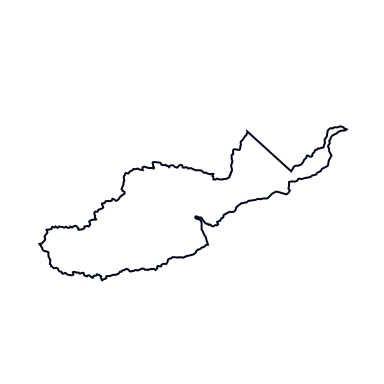 the district of Huacaybamba, Huánuco, Peru, rotated 310°
{"feature_id": "86281439B62210146896152", "entity_name": "Huacaybamba", "entity_type": "district", "adm_level": 2, "iso_a3": "PER", "parent_name": "Peru", "parent_adm1": "Huánuco", "projection": "robinson", "projection_center": [-76.78, -9.003], "detail": "fine", "context": "isolated", "style": "outline", "palette": "ink", "viewbox_px": 384, "rotation_deg": 310, "n_neighbors": 0, "source": "geoboundaries", "source_scale": "gbopen_adm2", "svg_char_len": 6032}
<svg xmlns="http://www.w3.org/2000/svg" viewBox="0 0 384 384"><g transform="rotate(310 192 192)"><path d="M120.3,218.5L122.4,218.3L125.0,217.1L125.9,217.3L127.5,218.5L128.9,218.7L129.9,219.3L133.1,223.8L133.8,224.0L134.3,225.0L135.3,225.9L136.0,227.6L137.0,227.8L137.7,228.5L138.6,228.5L144.5,232.9L145.4,233.3L148.3,233.8L149.0,233.4L151.6,233.5L152.4,234.3L154.1,235.1L155.6,235.1L157.1,236.3L160.7,236.9L161.8,238.1L162.8,236.8L164.3,234.2L166.3,231.6L167.4,228.2L168.9,225.3L169.6,223.3L174.3,219.4L175.2,218.2L175.9,216.4L175.9,215.6L174.5,212.9L174.4,211.1L174.7,210.7L175.8,210.7L176.4,211.2L176.6,213.1L178.1,215.0L178.2,215.5L178.0,217.0L177.5,217.8L176.7,222.6L177.1,223.8L177.8,224.4L177.4,225.8L178.1,226.1L178.9,227.1L178.5,228.5L179.4,230.5L181.2,230.9L181.8,231.4L182.3,232.4L183.7,232.8L184.2,232.7L184.6,231.3L185.3,230.5L188.2,232.1L189.6,231.6L191.0,231.5L191.5,232.0L192.9,232.2L194.4,231.1L194.9,231.1L196.3,231.6L196.8,232.1L198.0,232.0L199.2,232.9L200.7,233.3L201.6,234.4L201.7,235.0L204.0,236.8L205.2,237.0L206.9,236.7L209.1,235.6L210.3,236.2L211.6,236.1L213.2,236.7L215.1,237.0L216.3,238.3L218.0,239.1L218.6,240.2L219.7,240.6L221.4,240.9L226.9,245.8L228.9,246.7L229.5,247.4L230.5,249.1L232.4,250.3L235.2,253.5L237.0,254.1L242.4,254.5L246.4,256.2L247.9,259.0L250.3,264.7L250.8,265.6L251.8,266.2L253.3,266.4L255.9,266.0L256.3,265.5L256.4,264.3L256.8,263.6L259.5,262.1L262.0,259.9L264.5,261.8L265.6,263.6L266.5,264.4L268.2,265.3L268.9,265.4L270.0,264.9L271.0,265.3L272.3,267.5L273.0,268.2L274.7,269.1L278.9,272.6L280.2,273.2L282.0,273.5L285.0,275.8L287.4,275.6L290.5,277.1L293.4,276.7L299.1,279.2L300.7,278.6L303.8,276.6L309.5,275.5L311.4,270.9L313.3,269.2L313.8,267.9L314.5,266.8L315.4,266.4L317.7,266.3L318.6,265.6L319.3,264.3L321.1,264.1L323.9,263.2L325.8,263.3L329.5,265.0L332.6,265.6L333.4,266.3L334.7,266.7L337.6,269.7L339.4,270.2L338.7,268.1L338.8,266.6L338.6,265.5L337.6,263.3L335.2,262.1L332.9,259.3L331.0,258.9L330.5,257.6L330.1,257.3L328.3,256.6L326.9,256.5L325.5,256.9L321.5,259.4L319.9,259.8L317.9,259.6L316.9,260.6L316.0,261.0L315.3,262.0L314.5,262.6L313.3,262.8L311.3,263.9L310.5,264.0L310.1,263.8L309.8,263.1L307.2,261.7L306.3,260.5L305.0,260.5L303.5,259.6L302.7,259.4L301.5,260.1L299.3,259.8L298.0,260.1L297.4,260.8L295.8,260.7L294.8,259.6L294.7,257.9L293.7,256.6L291.5,257.5L288.5,257.2L286.6,257.9L283.7,258.1L282.4,257.7L281.4,256.8L280.6,256.7L278.9,254.6L277.2,253.8L271.6,254.7L273.9,195.5L273.1,196.3L271.4,196.6L270.3,197.1L268.5,196.8L263.9,197.3L261.9,197.0L260.8,197.8L259.7,199.2L258.6,199.3L257.4,200.3L255.4,201.3L254.5,201.0L253.8,199.7L253.2,199.2L253.0,198.4L251.8,196.8L251.1,196.5L249.3,197.4L247.6,199.2L247.1,199.2L246.0,198.6L245.2,198.9L242.6,201.5L241.9,202.9L239.7,204.1L237.5,204.9L236.1,206.5L235.5,207.5L234.1,208.9L233.0,209.3L232.3,209.1L231.3,209.8L230.4,209.8L229.6,210.5L228.4,210.4L227.4,211.2L224.2,209.9L221.7,207.4L221.2,207.4L220.8,207.0L218.9,204.2L218.4,202.6L216.5,201.9L215.5,200.5L215.5,200.1L216.7,199.2L217.4,198.2L217.4,197.4L219.5,196.8L219.1,196.0L217.2,194.4L216.0,191.6L215.9,190.4L214.5,189.0L214.4,185.4L214.1,184.6L211.0,180.8L209.4,175.4L207.5,174.1L207.7,172.6L207.3,172.2L207.1,171.4L206.8,171.0L205.6,170.5L205.0,169.5L204.9,169.2L206.0,167.6L205.6,165.9L204.2,165.2L201.2,165.0L200.4,163.4L200.2,162.6L200.4,160.8L199.8,159.6L198.1,158.4L196.3,158.5L196.5,157.1L196.3,156.3L195.7,155.8L195.8,154.2L194.1,152.9L193.3,150.9L194.0,149.4L194.0,148.8L191.0,144.2L189.7,143.0L188.8,143.2L187.9,144.6L186.6,145.9L186.4,147.1L185.5,147.6L184.1,145.2L182.8,143.9L180.6,138.9L180.0,138.6L178.7,138.5L177.1,140.2L175.5,137.4L175.1,135.4L173.4,134.4L172.0,132.4L169.9,132.3L168.0,131.2L165.6,131.4L165.0,131.1L164.2,129.2L163.9,129.0L162.6,129.2L162.0,129.6L160.3,129.7L159.2,130.5L157.1,132.9L154.8,133.6L154.0,134.6L149.0,136.1L148.7,136.4L148.7,137.4L148.3,138.0L148.6,140.3L147.5,141.4L143.7,140.3L141.6,140.1L139.3,140.4L137.1,140.0L136.4,139.4L136.3,136.8L135.7,135.4L134.1,136.0L132.7,135.5L129.9,132.1L129.2,131.8L127.3,132.1L125.4,130.5L124.7,131.0L123.4,133.7L122.8,134.0L121.5,133.7L118.3,131.7L117.3,132.2L115.9,132.1L114.9,130.6L114.1,130.3L112.9,130.8L112.0,132.0L111.6,133.1L110.2,133.8L109.3,136.2L108.9,136.0L107.2,133.9L104.3,132.2L103.1,132.4L102.4,134.0L101.7,134.8L99.4,135.1L99.1,135.0L98.6,133.7L96.8,132.0L96.3,131.8L95.2,132.8L94.4,132.7L93.1,132.1L90.3,129.7L90.2,128.9L91.2,128.2L91.3,126.6L91.6,125.3L91.1,124.3L89.6,123.4L87.7,122.9L87.5,121.2L85.6,121.0L84.6,119.6L84.4,117.8L82.6,117.1L81.8,115.2L80.0,112.2L78.5,112.2L78.1,112.0L77.9,109.6L76.7,109.6L76.2,109.2L75.6,107.4L74.5,107.5L73.3,108.1L71.3,106.6L69.8,104.9L69.4,104.8L68.9,106.0L68.1,107.2L67.2,107.5L65.9,107.3L62.9,107.8L61.7,109.8L61.0,110.2L60.2,110.0L58.9,110.3L57.8,109.9L56.8,110.2L55.7,109.9L54.2,108.5L53.8,109.6L53.8,110.7L53.2,111.7L52.9,113.2L52.3,113.6L52.0,114.3L51.7,116.1L51.8,116.8L52.9,118.5L53.5,120.9L52.1,121.9L50.1,123.9L48.9,127.2L45.5,129.4L45.7,129.9L45.6,130.5L44.6,131.7L44.9,133.2L44.8,134.9L45.4,135.8L46.6,136.8L47.1,138.3L47.0,138.8L46.1,140.1L46.0,141.5L46.8,143.2L46.8,144.1L46.2,145.1L46.9,146.1L48.6,146.9L48.7,149.8L50.6,153.1L51.7,154.0L52.3,154.2L53.0,153.7L53.9,152.3L54.4,152.4L55.6,153.7L55.9,155.2L57.4,156.9L57.2,158.2L58.2,159.1L59.5,159.8L60.1,160.6L60.2,161.3L59.1,162.6L59.0,163.6L59.9,165.8L61.4,165.9L62.0,166.6L62.2,170.6L62.5,171.1L62.9,171.2L64.2,170.6L65.0,170.9L66.4,172.3L68.0,172.2L68.2,173.4L68.9,174.2L68.6,175.0L69.0,176.5L68.9,176.8L67.5,177.4L67.3,178.5L66.6,179.5L66.6,179.9L68.4,180.5L70.7,181.7L72.4,180.5L74.7,183.0L78.1,185.0L79.2,186.5L80.9,187.6L82.4,188.2L84.7,188.1L85.4,189.1L87.1,189.1L88.8,190.4L90.8,191.0L91.6,192.5L91.3,195.4L91.8,196.3L93.0,196.9L93.7,197.9L95.5,198.5L96.6,199.9L96.9,200.8L101.5,203.1L102.2,204.4L102.3,206.2L103.5,207.2L103.8,208.3L106.5,209.8L107.0,210.7L108.3,211.7L108.6,212.3L108.8,214.2L110.9,214.4L111.5,214.2L112.0,213.5L113.3,213.3L114.9,216.0L115.5,216.1L116.5,215.4L118.5,216.1L120.3,218.5Z" fill="none" stroke="#020617" stroke-width="2"/></g></svg>